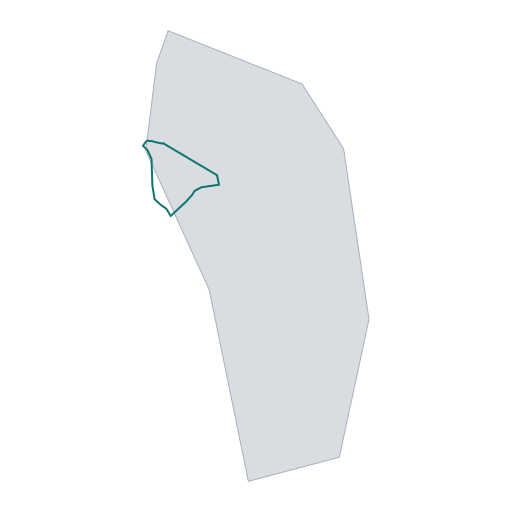 Saint Peter on a map of Dominica (Robinson projection)
{"feature_id": "DMA-1441", "entity_name": "Saint Peter", "entity_type": "Parish", "adm_level": 1, "iso_a3": "DMA", "parent_name": "Dominica", "parent_adm1": "", "projection": "robinson", "projection_center": [-61.46, 15.5], "detail": "fine", "context": "in_parent", "style": "outline", "palette": "teal", "viewbox_px": 512, "rotation_deg": 0, "n_neighbors": 0, "source": "natural_earth", "source_scale": "10m", "svg_char_len": 654}
<svg xmlns="http://www.w3.org/2000/svg" viewBox="0 0 512 512"><path d="M339.3,457.2L248.4,481.3L209.2,289.7L145.8,150.6L156.6,63.6L168.1,30.7L302.1,84.1L343.6,148.8L369.0,319.3L339.3,457.2Z" fill="#d9dde1" stroke="#a8b0b8" stroke-width="1"/><path d="M170.8,215.9L166.2,208.6L160.9,205.0L154.6,199.2L152.4,185.7L151.5,158.8L147.5,150.2L143.0,145.7L146.2,141.4L146.6,141.1L147.3,140.6L149.5,141.1L150.1,141.1L151.0,141.0L151.8,141.1L156.9,142.5L157.3,142.5L161.4,143.4L162.2,143.5L162.8,143.4L163.1,143.2L217.0,175.2L219.0,184.7L201.4,187.3L194.7,190.8L193.4,192.8L192.4,194.6L186.5,201.2L170.8,215.9Z" fill="none" stroke="#0f766e" stroke-width="2"/></svg>